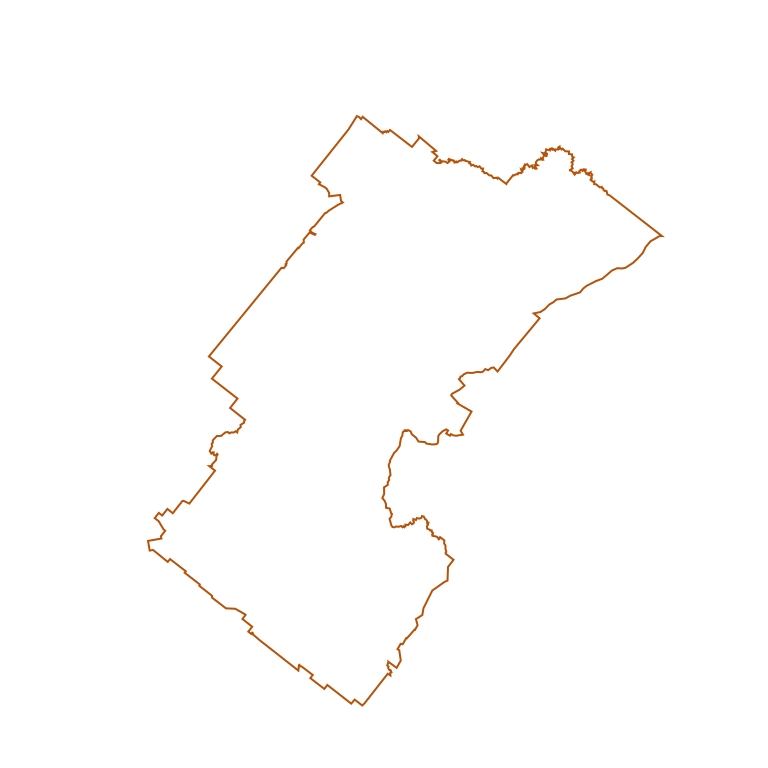 outline of Pyrenees, Victoria, Australia, rotated 210°
{"feature_id": "25037944B34836506967909", "entity_name": "Pyrenees", "entity_type": "district", "adm_level": 2, "iso_a3": "AUS", "parent_name": "Australia", "parent_adm1": "Victoria", "projection": "natural_earth1", "projection_center": [143.347, -37.328], "detail": "fine", "context": "isolated", "style": "outline", "palette": "amber", "viewbox_px": 768, "rotation_deg": 210, "n_neighbors": 0, "source": "geoboundaries", "source_scale": "gbopen_adm2", "svg_char_len": 6153}
<svg xmlns="http://www.w3.org/2000/svg" viewBox="0 0 768 768"><g transform="rotate(210 384 384)"><path d="M282.9,660.2L285.3,659.8L287.6,662.3L288.8,662.2L289.2,661.5L290.9,661.7L291.8,662.9L293.2,662.8L294.0,663.6L295.3,662.2L300.1,663.0L301.9,662.2L303.1,664.6L303.8,663.7L307.2,664.0L307.4,665.5L306.8,665.9L308.4,668.1L308.2,669.3L309.8,669.9L311.1,669.3L311.2,670.3L312.5,668.5L310.9,667.5L312.6,667.3L313.4,668.0L313.9,667.2L316.9,669.2L316.1,669.7L316.5,670.6L318.2,669.9L317.7,669.2L318.7,667.7L319.8,668.5L320.8,667.9L321.3,665.8L320.2,665.0L322.1,663.3L323.1,663.6L324.3,662.5L324.5,661.3L323.5,661.2L323.6,660.6L326.9,662.2L329.3,662.3L330.4,661.5L328.4,665.1L330.5,666.5L330.4,668.4L331.2,669.6L332.4,669.8L331.6,672.1L333.6,672.8L333.0,675.1L334.6,674.9L335.9,676.9L338.9,675.6L340.1,677.9L343.3,676.2L346.9,677.1L347.4,675.9L349.1,676.5L349.7,675.3L350.7,677.3L351.4,676.0L350.7,674.8L351.4,673.5L353.0,672.8L352.5,671.7L355.3,672.1L355.0,671.3L355.4,671.0L357.0,671.6L357.8,670.5L357.1,669.3L360.9,668.3L360.0,665.6L360.3,664.6L358.0,665.0L357.2,662.7L357.9,662.4L360.5,663.8L362.2,663.3L359.8,662.4L359.1,658.0L358.4,657.7L358.9,657.2L361.0,658.1L361.0,656.4L362.0,656.1L363.1,654.3L363.4,652.0L362.6,650.7L360.4,650.3L363.0,648.7L359.7,646.8L360.9,646.0L362.4,646.7L363.2,645.5L365.2,647.2L366.5,644.6L369.9,646.1L371.0,644.2L371.7,644.4L371.5,641.4L370.6,641.9L370.0,640.7L370.6,639.4L371.6,639.5L370.7,637.9L372.2,638.1L370.4,636.4L370.5,635.3L373.1,634.1L373.1,632.6L373.7,632.8L375.7,629.6L376.6,629.5L378.2,619.3L378.0,618.4L388.4,619.7L388.5,618.6L389.7,618.9L392.2,617.0L395.3,618.3L397.1,617.3L400.7,618.0L402.5,616.8L403.6,617.7L405.1,617.4L405.9,620.1L407.6,619.2L410.1,620.3L411.4,618.7L413.1,618.9L413.9,618.0L416.3,618.4L417.7,616.8L419.0,618.0L420.5,617.8L420.6,619.2L425.1,617.9L426.0,618.3L427.4,617.2L428.8,617.8L429.0,615.9L430.4,615.0L431.1,613.1L432.1,613.0L431.9,612.3L433.7,611.1L434.0,612.1L434.9,611.9L435.4,612.4L436.5,611.7L437.4,612.0L438.8,610.6L439.4,611.5L440.3,611.4L440.4,610.3L438.6,609.5L439.5,607.1L441.9,607.3L445.8,605.6L447.8,606.1L448.0,605.5L445.2,604.5L445.5,603.6L448.8,601.7L452.6,602.3L451.6,608.0L458.1,609.1L455.4,611.9L477.8,615.9L476.5,614.3L478.3,603.3L505.8,607.0L506.2,604.5L507.6,604.7L507.8,603.3L509.3,603.5L509.5,602.4L510.9,602.0L510.5,600.6L536.1,604.7L536.3,601.9L538.9,602.7L541.4,602.5L542.0,586.8L550.8,528.2L540.0,526.7L540.3,524.5L533.1,524.8L531.0,524.3L527.1,522.1L525.3,519.1L516.5,525.8L512.8,521.1L510.4,520.6L513.5,516.1L518.3,506.9L519.6,503.3L520.5,502.5L523.2,485.7L524.3,484.0L525.0,479.9L521.9,479.1L518.3,479.5L518.4,478.6L524.2,478.0L525.8,468.9L524.1,466.3L524.9,465.0L525.9,458.9L526.6,459.0L529.7,441.2L528.7,440.0L529.2,438.6L528.1,438.2L528.8,434.1L530.9,433.4L549.4,320.3L533.3,318.0L535.7,302.6L503.6,298.1L505.3,286.3L486.4,283.5L486.7,282.1L485.8,280.6L487.8,276.9L486.5,275.0L487.8,271.4L486.9,268.7L488.9,268.9L489.9,266.8L492.0,265.8L493.3,263.9L495.0,264.4L497.2,262.8L499.1,257.6L502.7,255.4L504.0,250.3L503.8,248.8L502.9,247.8L503.3,246.0L501.8,244.4L501.4,238.8L498.8,237.4L498.3,239.2L497.2,239.6L496.6,237.9L495.4,237.4L494.1,238.2L493.7,240.1L492.9,239.8L492.9,237.6L491.4,234.2L492.7,228.4L491.9,227.1L494.3,225.5L487.0,224.5L492.8,183.1L499.0,182.6L500.1,181.9L502.3,166.5L509.1,167.5L510.3,159.2L514.6,159.8L515.5,153.2L510.5,152.5L502.3,147.9L500.1,147.5L501.1,140.7L499.5,138.9L509.9,130.1L503.6,122.6L501.0,124.8L482.3,121.8L481.8,125.4L462.0,122.7L462.3,120.9L443.3,118.3L443.1,116.9L427.1,114.6L426.1,113.0L408.7,110.7L400.4,115.0L388.8,115.0L388.4,114.9L389.1,109.7L376.8,107.9L377.7,101.7L374.1,101.2L373.9,102.7L372.8,102.6L372.9,101.7L363.8,100.0L314.9,93.0L317.1,97.9L316.8,98.5L315.5,97.6L314.3,98.2L300.2,96.4L300.7,92.4L283.2,90.1L282.6,95.0L252.6,90.8L251.6,96.0L242.1,94.7L241.2,97.7L235.9,134.9L232.7,134.8L234.2,137.1L233.4,138.1L235.3,139.5L236.0,138.9L237.3,139.5L238.7,140.5L238.9,141.6L240.5,141.9L241.0,144.5L240.5,145.0L241.1,145.6L231.1,144.5L231.2,152.9L237.7,161.1L239.7,161.1L239.7,167.3L237.7,167.9L237.7,175.2L237.0,175.2L234.7,186.7L234.2,186.7L234.3,191.9L238.8,196.4L235.3,203.1L237.7,209.5L238.9,229.3L232.6,243.0L230.7,245.5L237.1,257.6L235.9,266.5L245.8,267.9L246.3,268.8L246.1,269.8L248.2,271.8L250.0,274.9L252.2,275.9L253.5,278.7L258.8,279.4L258.7,277.7L259.4,277.8L259.4,277.1L260.7,278.0L262.6,278.0L266.0,276.8L266.3,277.7L267.0,277.6L267.0,279.5L268.3,279.7L269.6,281.1L270.6,280.2L271.4,280.7L274.2,280.3L275.7,282.3L275.5,284.1L276.6,284.5L276.2,286.0L277.5,285.9L277.6,286.5L279.9,287.7L280.8,287.5L283.3,289.1L285.1,288.6L284.7,286.8L285.8,285.3L288.6,284.2L288.3,282.2L291.1,281.7L290.3,280.1L289.0,279.4L288.8,278.0L289.6,276.5L292.1,277.2L292.6,274.0L295.1,272.9L294.3,271.8L294.7,270.2L296.0,270.6L296.4,269.2L298.2,269.6L300.0,267.6L302.3,266.7L303.1,265.2L305.1,264.4L306.9,265.2L311.8,270.1L311.3,272.5L312.2,275.5L312.9,275.4L316.8,279.0L320.3,277.8L322.5,281.3L325.2,283.2L328.4,284.4L328.9,288.9L332.3,294.5L330.3,298.5L331.7,301.0L331.5,303.6L332.5,304.4L333.0,305.9L332.8,308.3L335.9,312.6L338.6,315.0L339.5,316.5L339.9,319.9L340.6,320.6L340.8,329.5L339.9,332.2L339.4,338.0L342.2,345.4L342.3,348.3L343.6,351.5L343.3,353.0L341.3,354.4L342.2,354.7L339.7,356.2L337.2,356.2L334.6,354.3L329.2,353.5L325.4,351.4L319.4,354.2L317.6,353.6L312.0,355.7L308.7,358.0L308.0,359.1L308.2,360.9L310.9,365.9L310.9,367.9L309.7,372.2L307.5,375.8L305.3,375.8L305.3,372.2L301.0,372.2L301.0,374.0L298.2,374.2L295.6,375.3L290.3,379.6L294.3,381.9L294.4,403.9L310.7,403.9L310.4,404.6L320.1,407.7L320.2,409.6L315.7,416.9L313.5,422.9L321.6,425.7L321.0,427.1L321.5,428.7L320.2,429.9L319.9,432.0L317.7,435.3L312.9,437.8L308.9,441.4L306.0,442.6L304.4,444.3L303.8,447.5L300.7,448.1L299.2,451.6L297.2,453.2L291.9,451.6L289.3,471.6L288.9,479.0L282.1,518.7L289.6,520.0L284.5,524.6L282.2,529.3L280.6,535.5L278.4,539.2L276.8,543.5L269.6,548.9L266.8,553.6L260.0,561.4L259.2,566.3L257.5,570.5L252.0,579.0L247.6,584.3L243.3,596.3L240.0,600.8L235.1,603.4L233.0,605.4L228.8,613.6L227.0,619.7L225.4,627.1L225.9,633.2L224.6,640.8L219.3,649.9L217.2,651.1L282.9,660.2Z" fill="none" stroke="#b45309" stroke-width="2"/></g></svg>